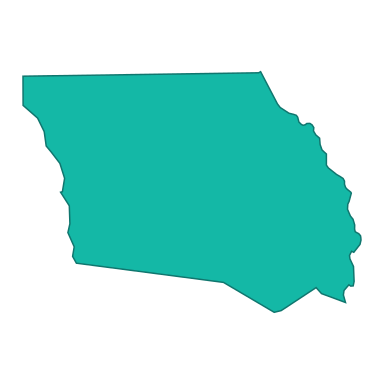 Shelby, Texas, United States of America (Natural Earth projection)
{"feature_id": "52423323B47536211032207", "entity_name": "Shelby", "entity_type": "district", "adm_level": 2, "iso_a3": "USA", "parent_name": "United States of America", "parent_adm1": "Texas", "projection": "natural_earth1", "projection_center": [-93.987, 31.776], "detail": "fine", "context": "isolated", "style": "filled", "palette": "teal", "viewbox_px": 384, "rotation_deg": 0, "n_neighbors": 0, "source": "geoboundaries", "source_scale": "gbopen_adm2", "svg_char_len": 1108}
<svg xmlns="http://www.w3.org/2000/svg" viewBox="0 0 384 384"><path d="M51.1,151.9L59.9,163.4L64.6,178.3L62.4,191.7L60.6,192.2L69.3,205.8L69.9,223.7L67.9,232.6L74.2,246.8L72.6,256.4L76.4,263.2L223.5,282.4L274.2,312.3L281.2,310.6L316.1,287.6L321.5,293.6L345.5,302.5L343.4,295.0L344.0,290.5L348.9,284.8L350.7,286.1L353.2,285.9L354.1,281.4L353.5,266.5L349.9,258.8L349.5,255.4L351.6,251.3L353.8,252.3L360.0,244.4L361.0,240.1L360.8,237.4L360.5,235.7L358.7,233.6L357.2,232.9L355.2,231.7L354.6,229.1L354.7,225.0L353.0,219.2L350.4,216.0L347.5,209.3L347.8,204.2L349.1,201.4L351.3,193.2L350.9,192.3L349.0,190.7L347.2,189.3L345.6,187.5L344.5,184.3L344.5,181.1L343.1,178.5L340.1,176.5L336.6,174.5L328.3,167.9L326.4,165.1L326.4,154.0L324.3,152.1L322.0,149.9L320.1,144.5L319.6,138.2L315.8,134.9L313.5,131.0L313.8,127.6L312.1,124.9L309.9,123.4L306.8,123.5L305.1,124.8L303.0,125.3L301.2,124.3L298.9,122.0L297.7,117.2L296.3,115.3L293.7,114.4L288.9,113.2L280.2,107.5L277.5,104.0L260.6,71.7L258.6,72.8L23.0,76.2L23.1,105.4L37.6,118.1L44.2,131.6L46.2,146.0L51.1,151.9Z" fill="#14b8a6" stroke="#0f766e" stroke-width="1.5"/></svg>